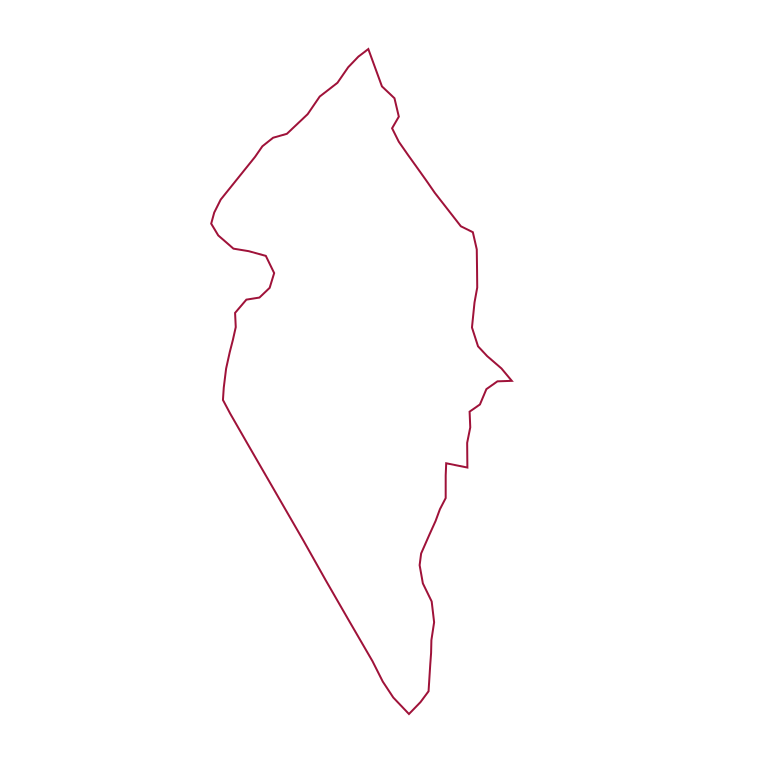 the district of Chã Grande, Pernambuco, Brazil, rotated 332°
{"feature_id": "56859067B3867057012791", "entity_name": "Chã Grande", "entity_type": "district", "adm_level": 2, "iso_a3": "BRA", "parent_name": "Brazil", "parent_adm1": "Pernambuco", "projection": "natural_earth1", "projection_center": [-35.47, -8.238], "detail": "fine", "context": "isolated", "style": "outline", "palette": "rose", "viewbox_px": 768, "rotation_deg": 332, "n_neighbors": 0, "source": "geoboundaries", "source_scale": "gbopen_adm2", "svg_char_len": 1146}
<svg xmlns="http://www.w3.org/2000/svg" viewBox="0 0 768 768"><g transform="rotate(332 384 384)"><path d="M418.4,496.9L429.8,475.0L439.8,462.8L446.6,448.6L459.1,447.1L472.0,436.6L485.4,434.9L498.3,441.2L495.0,425.4L488.2,407.9L484.7,394.9L488.2,375.4L502.2,354.5L511.6,342.6L519.7,327.0L529.1,308.7L533.7,291.7L525.9,280.8L518.6,239.1L516.9,224.6L515.1,210.8L512.7,192.8L510.8,177.0L511.2,162.0L522.6,154.9L527.4,136.6L521.9,120.3L524.1,104.5L527.4,80.9L515.1,82.9L501.1,87.5L484.3,96.2L462.2,100.0L443.3,109.9L415.7,117.5L401.7,114.5L388.2,117.0L376.8,122.9L326.4,144.5L314.6,152.9L306.7,161.3L307.4,175.0L314.6,193.8L326.9,203.2L339.8,215.4L339.1,234.5L328.2,245.4L314.6,249.2L302.1,244.9L285.9,251.3L279.8,264.2L271.3,274.1L262.9,283.3L251.8,296.3L240.8,312.0L234.3,322.5L234.3,338.0L235.4,372.0L239.3,483.7L240.4,530.0L241.9,575.0L243.7,623.3L243.2,646.2L245.0,665.2L251.1,687.1L266.9,682.0L279.1,676.2L293.2,653.3L299.3,643.6L305.6,632.4L316.4,617.9L324.0,598.4L324.7,578.3L330.4,560.7L337.2,551.1L353.4,538.3L365.2,529.2L374.6,520.8L384.9,513.7L395.6,493.6L401.7,483.2L418.4,496.9Z" fill="none" stroke="#9f1239" stroke-width="2"/></g></svg>